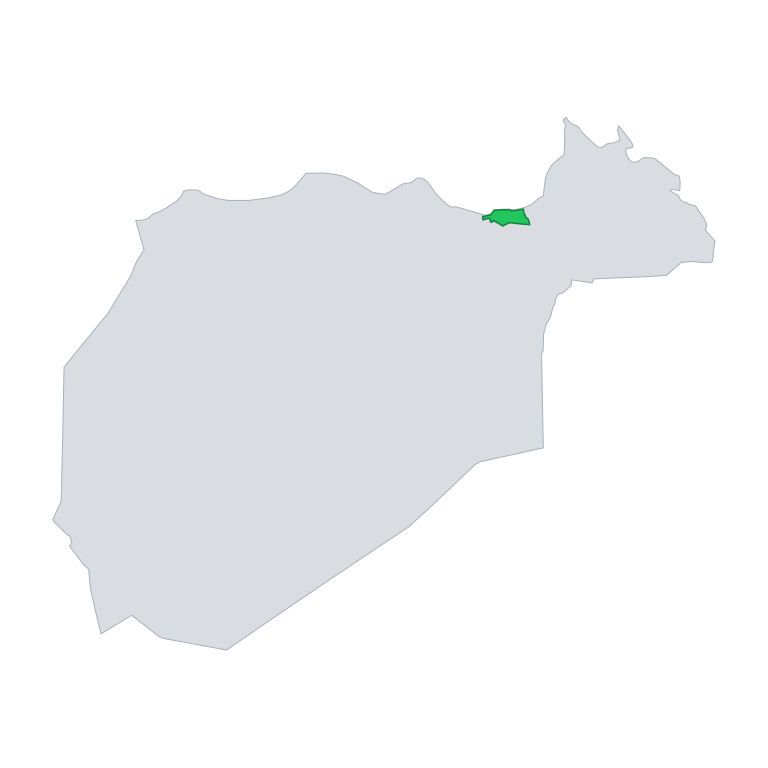 location of Birni-N'Konni, Tahoua, Niger, rotated 179°
{"feature_id": "23599985B12101722290167", "entity_name": "Birni-N'Konni", "entity_type": "district", "adm_level": 2, "iso_a3": "NER", "parent_name": "Niger", "parent_adm1": "Tahoua", "projection": "albers", "projection_center": [5.016, 13.935], "detail": "fine", "context": "in_parent", "style": "filled", "palette": "green", "viewbox_px": 768, "rotation_deg": 179, "n_neighbors": 0, "source": "geoboundaries", "source_scale": "gbopen_adm2", "svg_char_len": 3626}
<svg xmlns="http://www.w3.org/2000/svg" viewBox="0 0 768 768"><g transform="rotate(179 384 384)"><path d="M629.4,551.7L621.7,552.1L617.3,553.6L611.8,558.1L605.6,560.1L598.1,564.1L593.4,567.3L588.9,569.8L582.9,575.9L581.0,580.4L574.8,581.5L566.1,581.0L560.4,576.7L547.4,572.4L539.1,570.7L535.2,570.2L515.7,569.9L494.9,572.3L484.3,574.7L482.3,575.2L476.4,578.2L471.4,581.4L458.2,596.1L440.2,596.0L429.6,594.5L420.7,592.4L407.8,585.9L392.1,575.8L386.0,574.5L380.6,573.8L378.8,573.9L360.3,584.4L356.7,584.2L352.3,585.4L349.5,587.9L347.3,589.2L345.1,589.5L342.2,588.9L339.3,587.4L336.4,584.6L328.6,573.2L327.0,571.3L323.7,567.9L318.2,562.7L314.5,560.2L312.2,559.6L309.5,560.1L294.5,555.6L279.6,550.9L276.3,551.5L274.0,552.5L268.8,556.0L262.7,556.7L255.0,556.4L250.8,555.9L244.0,557.1L239.4,558.5L233.4,560.9L225.7,567.3L223.5,568.2L221.6,569.3L218.9,587.1L216.8,592.4L212.9,599.5L205.1,606.3L199.8,610.3L199.6,615.8L199.1,624.9L199.0,631.1L199.3,635.1L198.4,637.1L198.1,638.8L198.3,641.5L199.6,642.7L200.3,644.4L199.8,645.7L197.3,647.3L194.6,643.2L191.0,640.3L187.1,639.0L184.5,637.0L183.1,634.1L178.1,628.4L166.4,617.3L165.2,617.0L163.2,616.5L159.9,617.8L157.8,619.6L156.4,620.3L154.2,620.4L148.6,621.7L144.1,623.5L144.0,625.0L146.0,633.4L145.0,637.9L143.0,635.7L136.6,627.2L132.2,620.9L131.4,619.5L130.8,617.3L131.3,616.4L133.1,615.8L137.2,615.0L137.9,614.3L138.2,612.6L137.6,609.4L135.4,605.0L133.0,602.1L131.7,601.5L129.3,601.4L126.6,601.8L121.6,605.2L119.3,605.8L114.2,605.5L109.6,604.7L106.9,602.9L98.7,595.7L89.6,588.2L85.8,587.1L84.9,586.3L84.4,580.6L84.7,573.7L85.2,572.0L89.0,573.1L93.0,573.7L94.4,572.4L91.2,570.0L86.5,567.4L84.9,563.7L83.6,562.3L81.5,561.0L79.1,560.3L76.7,559.2L75.1,558.0L72.3,557.5L69.5,556.7L65.5,550.5L61.6,544.6L59.3,539.9L58.5,537.1L59.8,532.4L58.6,530.5L54.3,525.6L50.6,521.1L51.7,514.2L52.6,508.4L52.7,504.8L53.3,502.7L53.8,500.4L56.3,499.7L62.6,499.9L74.8,501.2L84.7,500.2L85.2,500.0L92.2,493.9L100.0,487.6L111.5,487.1L123.9,486.6L133.7,486.4L148.0,486.1L159.5,485.8L172.8,485.4L173.3,482.4L174.1,481.7L175.4,481.6L185.2,483.3L194.4,484.9L195.1,479.2L203.2,472.3L207.8,470.8L209.0,469.6L210.4,467.3L211.3,463.6L211.7,461.0L213.5,458.8L214.7,454.8L216.4,447.9L221.0,440.6L223.6,430.7L224.0,421.1L224.5,413.8L225.9,412.3L225.9,399.4L225.9,386.3L225.9,375.3L225.9,361.7L225.9,349.7L225.9,336.7L225.9,325.0L225.9,317.3L235.1,315.5L244.6,313.6L258.5,310.8L273.5,307.8L289.9,304.4L293.6,302.4L305.9,291.2L311.4,286.2L322.4,276.1L330.9,268.3L341.7,258.4L353.1,248.4L362.1,240.5L376.4,231.4L397.8,217.7L419.1,203.9L440.5,190.2L461.7,176.3L482.9,162.5L504.0,148.6L525.1,134.7L546.1,120.7L567.8,125.2L588.4,129.3L609.1,133.5L614.0,135.9L625.3,145.1L639.8,156.7L640.4,156.9L641.0,156.9L654.2,149.2L671.3,139.1L676.9,164.2L681.3,185.9L682.2,199.7L682.5,203.3L684.0,205.7L687.3,208.1L701.3,227.6L698.7,231.2L700.9,237.4L704.4,239.9L715.8,251.4L717.4,253.7L716.9,255.6L709.9,270.1L708.7,273.6L708.0,291.7L707.5,304.5L706.8,322.0L705.9,343.0L705.3,360.8L704.4,384.3L703.6,406.5L693.0,419.1L674.1,441.5L658.6,459.7L651.0,471.8L636.0,495.4L629.4,510.5L624.2,518.5L621.5,521.9L624.4,532.8L629.4,551.7Z" fill="#d9dde1" stroke="#a8b0b8" stroke-width="1"/><path d="M241.5,556.4L248.9,555.4L252.7,554.9L253.8,554.9L255.6,556.2L270.8,555.9L274.3,551.4L280.6,550.0L282.3,549.9L282.5,548.1L281.8,546.3L279.7,547.2L278.3,547.5L275.1,547.6L274.8,544.3L273.2,543.8L271.8,545.5L269.9,544.5L267.7,543.2L262.4,539.9L259.0,541.7L255.6,543.1L246.6,541.9L240.0,541.2L235.6,540.8L235.9,542.6L236.8,546.1L239.7,549.0L239.9,550.1L241.1,552.8L241.5,554.8L241.5,556.4Z" fill="#22c55e" stroke="#15803d" stroke-width="1.5"/></g></svg>